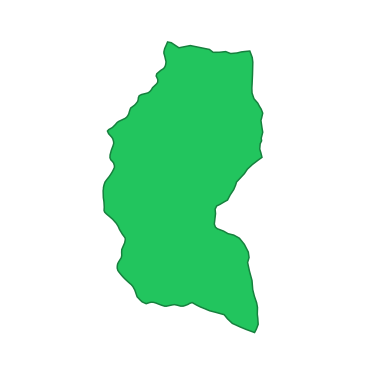 Shemjong, Chirang, Bhutan (Natural Earth projection), rotated 76°
{"feature_id": "84629894B63764516450796", "entity_name": "Shemjong", "entity_type": "district", "adm_level": 2, "iso_a3": "BTN", "parent_name": "Bhutan", "parent_adm1": "Chirang", "projection": "natural_earth1", "projection_center": [90.166, 27.038], "detail": "fine", "context": "isolated", "style": "filled", "palette": "green", "viewbox_px": 384, "rotation_deg": 76, "n_neighbors": 0, "source": "geoboundaries", "source_scale": "gbopen_adm2", "svg_char_len": 2555}
<svg xmlns="http://www.w3.org/2000/svg" viewBox="0 0 384 384"><g transform="rotate(76 192 192)"><path d="M343.5,165.3L340.6,162.7L336.4,159.8L330.3,158.7L326.4,158.2L319.9,156.4L315.2,156.1L308.1,156.7L301.5,156.7L292.4,155.2L282.6,155.4L273.8,155.1L269.4,152.5L263.9,151.9L255.4,153.9L248.3,157.2L243.9,161.9L241.1,167.2L237.6,170.8L233.7,176.4L231.7,177.8L228.5,178.1L222.9,176.0L218.7,174.4L214.2,173.7L211.5,171.4L210.8,168.0L209.3,162.9L208.4,159.5L204.1,155.7L199.7,150.9L195.8,148.0L193.1,146.4L186.9,136.8L183.2,132.7L180.0,126.9L177.1,120.2L175.3,115.7L170.7,115.7L166.7,115.9L161.7,114.2L159.2,112.1L156.5,111.8L151.1,108.9L147.1,108.6L139.2,107.8L137.3,106.7L132.6,104.3L128.4,104.8L124.9,105.9L121.7,106.7L116.5,109.3L110.5,109.8L105.7,108.8L101.5,107.5L92.4,104.8L80.8,101.6L76.1,101.0L69.2,101.8L68.5,106.4L68.0,110.4L68.0,114.6L67.0,121.0L63.9,125.4L63.1,131.3L61.6,137.7L57.9,140.6L55.0,146.7L51.8,153.4L49.5,158.2L48.9,169.8L42.1,176.0L40.5,179.4L42.9,181.2L46.2,183.8L49.1,185.3L50.7,185.7L52.9,185.6L54.8,185.6L59.4,185.7L61.7,186.6L63.6,187.7L65.3,189.6L66.5,193.1L68.0,196.1L68.8,197.6L70.8,198.7L73.3,198.2L74.9,198.0L77.3,198.8L78.6,200.3L81.2,205.0L82.9,206.6L84.1,208.2L85.1,210.3L85.2,212.2L85.2,217.4L85.8,219.9L87.5,221.2L89.2,221.8L91.0,222.8L92.9,225.2L93.9,226.8L95.7,231.2L97.4,232.4L99.2,233.5L100.8,234.4L102.3,235.7L103.6,237.3L104.4,239.1L105.8,246.2L106.5,247.9L108.2,250.3L110.2,253.7L111.3,257.7L112.4,259.3L115.3,258.8L119.4,256.6L121.1,256.0L124.1,255.9L125.9,256.2L128.1,257.5L132.0,260.2L136.2,262.5L138.9,263.3L141.1,263.0L142.8,262.0L144.7,261.1L147.7,260.9L149.5,261.4L151.6,263.1L153.3,264.6L155.7,267.1L157.1,268.7L159.3,271.6L161.2,273.9L163.6,275.5L166.1,276.8L167.8,277.3L169.2,277.9L176.0,279.4L180.2,279.8L185.4,280.8L188.7,281.8L190.4,281.6L192.5,280.4L199.2,275.6L204.2,273.0L207.6,271.9L210.8,271.4L216.0,269.8L220.4,268.0L222.2,268.3L225.0,269.6L229.0,272.7L230.9,274.1L233.6,274.9L236.5,275.5L238.6,276.5L242.4,280.4L243.9,281.6L245.7,282.4L247.8,283.0L250.2,282.9L252.1,282.2L255.1,280.8L257.3,279.7L259.8,278.3L263.5,275.9L265.4,274.6L267.2,273.3L269.5,272.2L273.3,271.2L280.4,270.6L284.3,268.4L286.5,267.0L289.3,263.5L289.0,259.8L289.1,258.0L289.8,255.9L291.0,253.9L294.3,249.2L296.1,246.3L296.6,244.6L296.8,238.3L297.0,236.3L298.3,233.6L300.0,230.6L300.6,228.1L300.5,226.3L300.1,223.1L299.5,221.2L299.3,218.6L303.1,214.6L305.7,211.5L311.5,203.6L314.6,197.9L318.8,190.5L323.7,188.2L329.2,184.7L334.7,177.8L338.4,172.8L343.5,165.3Z" fill="#22c55e" stroke="#15803d" stroke-width="1.5"/></g></svg>